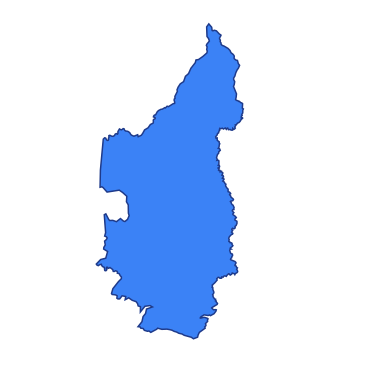 outline of Djéma, Haut-Mbomou, Central African Republic, rotated 42°
{"feature_id": "33826404B9662788023259", "entity_name": "Djéma", "entity_type": "district", "adm_level": 2, "iso_a3": "CAF", "parent_name": "Central African Republic", "parent_adm1": "Haut-Mbomou", "projection": "natural_earth1", "projection_center": [25.567, 6.936], "detail": "fine", "context": "isolated", "style": "filled", "palette": "blue", "viewbox_px": 384, "rotation_deg": 42, "n_neighbors": 0, "source": "geoboundaries", "source_scale": "gbopen_adm2", "svg_char_len": 6074}
<svg xmlns="http://www.w3.org/2000/svg" viewBox="0 0 384 384"><g transform="rotate(42 192 192)"><path d="M292.9,284.4L291.7,283.7L291.8,282.3L291.5,281.6L290.1,280.8L290.2,277.7L289.2,276.9L288.8,275.5L288.1,275.5L285.3,276.7L284.3,277.7L282.8,280.0L282.4,280.1L282.2,279.5L282.2,278.5L283.2,275.2L286.6,273.0L287.3,271.7L288.5,271.5L289.8,267.7L289.5,264.5L288.9,263.3L288.4,263.5L286.8,265.1L284.2,265.0L284.2,264.5L285.9,258.8L285.5,257.7L283.7,257.5L282.8,256.8L282.3,257.2L281.3,255.9L280.4,256.4L277.7,255.7L276.7,254.7L276.0,254.5L275.9,252.9L275.3,251.8L272.6,250.4L271.6,249.2L270.7,249.4L270.1,248.1L269.3,247.7L269.7,244.3L269.6,240.6L268.4,239.9L268.5,237.9L269.1,237.5L270.5,237.4L271.6,236.3L271.0,235.7L270.9,235.2L272.1,234.5L271.9,233.6L272.2,232.8L272.6,232.3L274.0,231.7L273.7,230.8L273.9,228.3L274.3,228.0L276.0,228.2L276.5,226.5L276.1,225.3L278.3,224.4L279.1,224.7L278.8,223.6L279.4,221.7L279.3,220.7L278.0,219.8L276.9,219.6L276.5,218.0L275.7,218.2L274.3,217.5L273.2,217.9L272.7,217.2L272.2,215.3L271.8,215.0L270.4,214.9L266.2,216.4L265.7,216.3L265.3,215.3L265.5,214.3L264.8,213.3L264.8,212.4L264.5,211.8L263.5,211.1L262.9,211.5L261.6,211.6L259.1,210.2L258.6,209.0L259.3,208.2L258.1,208.3L257.9,207.8L258.4,205.6L258.3,204.5L256.8,204.2L256.3,203.5L255.5,203.3L254.1,204.2L253.3,203.7L252.5,204.1L251.4,202.4L250.5,202.1L249.8,200.8L249.7,198.5L249.9,197.0L250.3,196.3L250.2,195.6L249.9,195.4L248.3,195.4L247.9,193.3L246.8,193.4L246.4,192.9L246.4,191.8L247.8,191.4L248.1,189.8L247.0,188.8L247.2,187.3L246.4,185.2L245.0,183.7L242.7,184.1L242.3,183.8L241.8,182.7L242.1,181.8L242.1,181.4L240.6,181.1L237.5,181.4L237.0,180.9L236.9,179.3L234.9,179.2L234.3,178.8L234.2,177.8L234.9,177.1L234.8,176.7L234.0,176.2L233.6,175.3L231.2,174.3L230.5,174.5L229.0,174.2L228.2,173.6L226.9,173.4L226.9,172.9L228.1,171.2L227.9,169.9L227.2,169.6L224.3,169.7L223.5,169.1L221.7,168.9L221.5,168.4L221.9,167.4L221.7,167.2L220.0,167.0L218.6,167.6L216.9,165.7L215.7,165.7L213.1,165.1L212.6,164.6L212.0,163.5L211.0,163.7L209.4,163.0L207.6,163.3L207.4,161.3L206.5,160.7L205.8,161.4L205.3,161.5L205.0,159.4L204.1,159.0L203.0,159.5L202.2,157.2L200.8,157.3L200.1,156.8L199.8,157.0L199.5,158.2L198.5,157.3L197.7,158.0L197.1,158.0L196.9,157.1L196.4,156.9L196.3,156.3L195.4,156.8L195.2,156.5L195.6,155.1L195.3,154.4L194.4,154.0L193.6,154.5L193.5,153.5L191.3,151.0L190.8,150.7L189.8,151.1L189.3,151.8L189.0,150.9L187.3,150.1L185.9,147.3L185.8,145.2L185.0,144.3L185.1,142.1L183.5,141.4L182.3,142.0L182.0,140.5L180.7,138.7L180.4,137.6L179.3,137.3L178.6,136.5L176.2,136.7L174.5,135.0L173.9,135.9L172.6,135.1L172.5,132.7L171.8,131.4L172.2,130.4L171.3,128.6L171.3,127.6L170.4,127.0L170.1,126.0L171.0,125.8L171.8,124.3L173.2,124.2L173.9,122.2L175.6,122.5L175.4,121.0L175.8,120.6L177.4,121.3L178.5,120.0L179.5,119.9L180.6,119.1L180.7,118.5L179.8,117.5L181.2,117.5L181.5,116.5L181.4,115.5L180.3,115.2L180.0,113.5L179.3,113.1L180.0,112.3L179.7,110.5L180.4,109.0L180.5,107.4L180.0,105.1L180.3,103.4L179.9,103.1L179.0,103.9L178.7,103.6L177.9,102.5L178.1,101.6L177.1,101.0L176.8,99.3L175.0,97.2L174.6,95.9L173.3,96.0L170.5,92.5L169.3,92.5L168.5,93.0L166.5,92.9L166.0,93.5L165.1,93.4L164.1,94.0L162.6,94.2L161.3,91.9L159.4,89.3L152.2,85.8L151.5,83.9L149.9,81.4L147.6,80.5L146.7,79.4L146.3,77.2L144.8,74.2L143.9,71.3L143.6,68.9L142.6,66.0L140.5,65.6L137.7,63.8L136.6,64.5L134.4,64.7L133.6,64.3L132.8,63.1L132.0,62.5L130.3,62.2L127.8,62.4L125.5,61.4L122.7,61.2L118.2,62.1L116.5,62.8L114.9,62.8L113.8,61.8L112.3,61.4L111.5,60.2L110.0,59.8L109.4,59.0L108.8,56.3L108.5,56.0L106.4,56.3L102.3,55.9L100.3,56.9L99.7,58.2L98.9,58.5L96.4,56.4L92.0,55.8L92.4,59.5L99.1,66.4L101.6,66.9L103.9,68.2L104.1,72.3L104.6,73.5L106.1,74.0L107.7,76.4L109.0,77.0L110.0,78.7L109.4,83.9L108.2,89.2L106.6,91.2L107.9,93.7L108.4,100.8L110.2,106.3L109.7,110.4L111.9,115.6L110.9,119.5L111.5,123.3L112.5,126.1L113.8,127.0L115.3,132.4L116.8,133.9L116.6,134.7L117.2,135.7L118.9,136.7L119.8,137.8L118.9,139.0L117.4,144.3L116.1,144.9L116.0,147.3L115.3,147.6L114.5,150.3L113.6,151.3L112.6,153.9L112.5,155.6L113.3,159.0L112.6,160.0L112.7,161.4L113.1,162.0L114.5,161.5L115.2,161.6L115.5,162.3L114.9,163.9L115.5,165.0L116.5,165.8L117.0,166.9L115.9,169.7L116.4,173.7L115.2,177.6L116.1,181.3L116.4,183.7L115.0,186.9L113.3,185.8L111.5,189.4L109.1,190.2L107.9,190.2L106.1,189.6L104.7,189.7L103.7,189.9L101.8,191.1L100.7,191.2L99.1,190.5L98.4,191.0L98.3,192.1L97.8,193.2L95.9,193.7L96.5,196.6L97.9,198.3L97.9,198.9L96.6,199.3L96.2,200.4L96.6,201.9L96.1,203.5L94.9,204.3L93.0,204.8L92.5,205.7L93.8,207.1L93.9,207.9L94.8,208.7L95.1,209.7L94.6,210.3L93.6,210.4L91.7,209.7L90.8,210.2L90.7,212.1L109.2,236.9L120.5,250.0L121.5,248.5L122.9,248.2L128.9,248.9L136.7,239.3L140.8,238.8L146.4,238.8L149.8,243.1L153.2,244.2L158.9,250.3L161.1,251.6L162.4,255.4L161.9,258.8L160.5,259.5L156.6,259.6L155.7,264.6L152.1,266.1L149.9,268.3L148.4,268.1L142.6,265.9L142.0,267.6L155.0,280.0L156.6,283.2L158.3,282.6L159.7,282.9L160.2,284.6L159.9,287.0L163.0,289.4L163.5,292.1L164.5,293.5L169.1,292.7L172.2,298.9L169.3,303.3L169.1,309.6L170.2,309.9L171.6,309.5L172.0,307.9L173.0,306.4L173.9,306.9L175.3,307.3L177.3,306.7L179.5,308.6L180.2,308.6L180.8,307.8L180.7,306.8L180.3,306.3L179.6,306.1L179.1,305.6L179.0,304.9L179.6,304.5L180.3,304.8L181.1,304.5L181.6,303.0L185.0,302.7L186.6,303.7L187.4,303.1L187.9,301.7L189.4,301.1L190.2,301.4L190.8,302.3L192.6,301.4L194.5,302.2L196.4,302.4L197.5,303.7L197.3,307.7L197.9,316.8L200.1,321.3L201.2,321.6L204.0,319.6L205.9,319.2L207.2,321.2L208.6,321.0L209.8,319.8L209.5,315.9L212.7,314.0L214.4,316.8L215.8,313.0L220.0,312.5L223.8,310.9L226.3,311.4L228.2,312.7L230.4,311.7L233.9,315.7L233.5,308.4L236.8,304.5L239.5,303.9L236.5,309.4L238.8,313.4L239.0,317.3L241.6,321.9L242.0,328.2L243.7,327.0L245.0,327.5L247.1,326.1L249.1,326.7L252.1,325.3L253.0,324.1L255.3,323.9L257.6,317.6L257.6,316.2L261.5,314.2L265.1,310.7L267.5,309.2L269.6,308.1L272.0,307.5L274.2,306.4L276.7,305.8L279.6,304.2L282.1,303.7L288.7,300.4L291.3,300.1L293.3,296.2L292.2,294.1L291.4,291.4L292.9,284.4Z" fill="#3b82f6" stroke="#1e3a8a" stroke-width="1.5"/></g></svg>